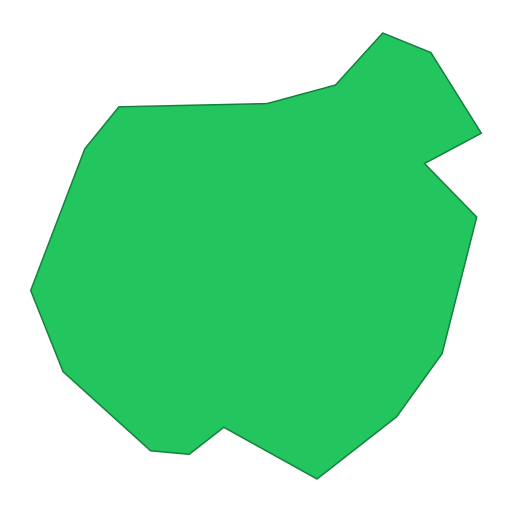 the district of Staunton, Virginia, United States of America
{"feature_id": "52423323B96137382853901", "entity_name": "Staunton", "entity_type": "district", "adm_level": 2, "iso_a3": "USA", "parent_name": "United States of America", "parent_adm1": "Virginia", "projection": "equal_earth", "projection_center": [-79.059, 38.161], "detail": "fine", "context": "isolated", "style": "filled", "palette": "green", "viewbox_px": 512, "rotation_deg": 0, "n_neighbors": 0, "source": "geoboundaries", "source_scale": "gbopen_adm2", "svg_char_len": 341}
<svg xmlns="http://www.w3.org/2000/svg" viewBox="0 0 512 512"><path d="M63.1,371.7L150.6,450.8L189.2,454.3L223.8,427.3L317.0,479.0L396.6,416.8L442.1,353.6L476.7,217.1L424.5,163.5L481.3,133.2L430.9,52.6L382.7,33.0L335.5,85.0L266.9,103.6L118.9,106.8L84.8,148.8L30.7,290.5L63.1,371.7Z" fill="#22c55e" stroke="#15803d" stroke-width="1.5"/></svg>